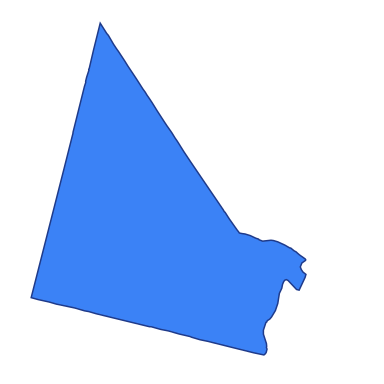 outline of San Benito, Petén, Guatemala, rotated 14°
{"feature_id": "79465075B93827188855866", "entity_name": "San Benito", "entity_type": "district", "adm_level": 2, "iso_a3": "GTM", "parent_name": "Guatemala", "parent_adm1": "Petén", "projection": "robinson", "projection_center": [-90.016, 16.973], "detail": "fine", "context": "isolated", "style": "filled", "palette": "blue", "viewbox_px": 384, "rotation_deg": 14, "n_neighbors": 0, "source": "geoboundaries", "source_scale": "gbopen_adm2", "svg_char_len": 1525}
<svg xmlns="http://www.w3.org/2000/svg" viewBox="0 0 384 384"><g transform="rotate(14 192 192)"><path d="M307.5,224.9L305.4,224.4L301.4,222.5L300.2,222.6L295.1,221.1L287.3,219.6L282.8,219.4L280.3,219.7L272.4,222.6L268.6,222.1L268.0,221.6L265.1,221.4L259.1,220.2L253.6,219.9L250.9,220.2L249.0,220.3L247.8,220.3L247.1,219.6L244.8,217.8L234.6,209.0L228.9,203.6L228.2,203.4L226.7,201.8L183.4,163.1L174.4,154.9L169.2,149.9L168.3,149.0L164.7,145.6L162.7,143.9L158.0,139.3L155.1,136.8L151.4,133.6L147.6,130.1L138.7,121.8L131.6,114.9L127.1,110.8L125.0,109.0L122.4,106.4L119.5,104.0L110.5,95.5L99.3,85.3L95.2,81.3L86.4,73.2L84.7,71.8L80.1,67.6L72.9,60.2L70.9,58.8L62.1,50.4L62.1,77.8L62.4,97.1L62.1,97.9L62.5,98.9L62.0,106.0L62.0,110.3L62.2,110.8L62.4,111.5L62.1,115.4L62.1,162.7L62.3,163.8L62.2,200.1L61.5,333.4L68.7,333.6L80.1,333.3L87.5,333.6L106.1,332.9L116.5,333.3L120.8,333.0L128.4,333.3L183.3,333.0L185.0,332.6L194.9,332.9L202.7,332.5L213.7,332.9L225.0,332.7L226.7,333.0L235.4,333.4L242.9,333.1L290.6,333.1L301.2,332.7L302.3,331.2L302.8,329.7L302.8,326.3L301.8,324.8L301.8,323.7L300.9,321.1L295.7,312.7L294.7,308.8L295.3,300.6L295.9,300.2L296.2,298.6L298.2,296.5L299.4,294.1L301.6,286.9L302.2,279.4L301.3,269.2L302.4,263.7L302.2,259.6L302.7,256.6L303.4,255.1L304.7,254.2L306.6,254.6L317.0,261.3L319.7,261.3L321.1,254.1L322.4,247.5L322.5,244.4L319.0,242.8L316.9,240.9L315.2,238.5L315.8,234.3L318.7,230.9L318.7,230.2L318.1,229.6L311.5,227.0L309.3,225.9L307.5,224.9Z" fill="#3b82f6" stroke="#1e3a8a" stroke-width="1.5"/></g></svg>